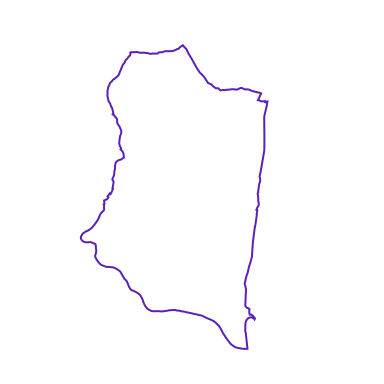 Diculesti, Vâlcea, Romania (orthographic projection), rotated 299°
{"feature_id": "2599482B34866762806062", "entity_name": "Diculesti", "entity_type": "district", "adm_level": 2, "iso_a3": "ROU", "parent_name": "Romania", "parent_adm1": "Vâlcea", "projection": "orthographic", "projection_center": [24.005, 44.61], "detail": "fine", "context": "isolated", "style": "outline", "palette": "violet", "viewbox_px": 384, "rotation_deg": 299, "n_neighbors": 0, "source": "geoboundaries", "source_scale": "gbopen_adm2", "svg_char_len": 5923}
<svg xmlns="http://www.w3.org/2000/svg" viewBox="0 0 384 384"><g transform="rotate(299 192 192)"><path d="M311.7,204.7L311.6,203.1L310.6,199.9L310.0,197.5L309.7,196.3L309.4,195.1L309.2,192.2L308.9,191.4L308.3,190.0L308.0,189.5L307.5,188.8L307.3,188.4L307.2,185.9L307.1,185.1L306.7,184.3L306.1,183.7L303.3,181.7L302.3,179.4L301.7,177.8L301.2,177.1L300.1,175.6L299.0,173.9L298.2,172.9L297.5,171.7L296.8,171.1L296.5,170.3L296.3,169.5L295.8,168.8L294.8,167.9L294.7,167.5L294.7,167.1L295.4,164.8L295.3,164.3L295.1,163.9L294.5,163.0L294.3,162.5L294.4,161.4L294.5,160.7L294.7,159.0L295.1,157.9L295.5,156.8L295.3,155.4L295.3,154.4L295.1,153.2L295.4,152.6L296.7,150.2L298.3,147.2L299.0,145.6L299.6,143.5L300.0,141.7L300.6,140.1L301.2,139.2L302.2,137.0L308.9,126.3L310.2,123.9L311.0,122.8L311.1,122.2L312.7,120.0L313.9,118.4L314.4,117.6L314.6,116.5L314.9,115.6L315.7,113.3L315.9,112.8L314.9,112.4L314.1,111.9L312.8,111.3L311.8,111.0L311.1,111.0L310.3,110.4L310.1,110.0L309.7,109.6L308.3,108.8L306.4,107.2L305.6,106.2L304.4,104.4L303.8,103.2L302.5,101.0L302.1,100.2L301.2,99.3L299.7,98.2L299.5,97.9L299.3,97.6L299.2,97.1L299.1,96.7L298.3,95.7L297.7,95.3L296.7,95.0L296.4,94.8L296.2,94.4L294.5,91.4L294.1,90.5L293.2,89.6L292.7,88.8L292.5,88.2L292.1,86.3L291.9,85.7L291.0,83.7L290.8,82.9L290.3,82.0L289.9,81.2L289.3,80.4L288.9,79.7L288.6,78.7L288.3,78.2L288.0,77.3L287.9,76.1L287.7,75.7L287.0,75.0L286.1,73.2L285.4,72.4L284.9,71.1L284.6,70.7L284.4,70.6L284.2,70.5L283.9,70.5L283.7,70.6L283.5,70.9L283.3,71.0L282.1,71.5L281.5,71.6L280.9,71.4L279.8,71.0L279.4,70.9L277.5,70.8L277.0,70.6L275.5,70.1L274.6,70.1L274.1,70.1L272.8,70.3L271.9,70.3L270.0,69.9L269.3,69.8L267.0,70.2L266.3,70.1L266.0,70.2L265.8,70.2L265.4,70.5L264.5,70.5L262.6,70.6L261.5,70.7L259.4,71.2L256.6,70.6L253.8,69.5L252.6,68.8L251.8,68.5L249.5,68.1L247.8,67.5L247.4,67.5L246.2,67.7L244.7,67.8L243.0,68.0L241.5,68.4L238.5,69.5L236.8,70.7L235.6,71.0L231.1,74.9L229.6,77.6L227.5,79.9L226.7,81.4L223.0,84.9L221.5,84.9L221.5,85.6L221.4,85.8L221.6,86.1L221.4,86.9L220.9,87.5L220.6,88.2L220.4,89.1L219.9,90.3L218.9,91.6L216.9,92.5L215.9,93.5L215.2,94.6L214.3,96.5L211.5,100.3L209.4,101.5L206.1,102.0L202.7,103.2L199.0,104.9L197.3,106.6L195.8,108.9L195.4,109.0L194.6,108.9L194.4,109.8L193.9,111.3L192.6,113.3L189.9,115.3L189.5,115.6L189.2,115.6L188.9,115.7L185.6,113.9L185.0,113.0L183.9,112.2L181.9,111.2L180.7,111.1L177.4,112.0L176.8,112.2L176.4,112.7L175.1,113.3L174.2,113.7L172.8,113.9L171.2,114.6L170.5,115.1L167.5,115.9L165.2,116.0L164.5,116.2L164.2,116.4L163.9,116.8L163.7,117.3L163.3,118.1L162.8,118.5L162.3,118.8L158.5,120.1L156.6,120.7L156.6,121.3L152.5,121.8L150.7,121.7L151.0,120.8L147.2,120.3L146.9,121.5L145.7,121.4L144.7,121.2L144.2,121.0L143.5,120.4L142.0,119.2L139.2,121.2L138.4,120.7L137.8,121.4L136.9,122.0L135.4,122.8L134.7,123.3L133.9,123.7L132.8,123.7L130.0,122.9L129.2,122.7L127.8,122.6L123.8,123.1L121.4,123.1L119.1,122.9L116.1,122.5L113.1,122.0L112.0,121.7L110.2,121.0L109.8,120.7L109.2,120.5L108.8,120.2L108.5,120.1L107.8,119.7L106.3,118.5L104.6,117.5L103.3,116.9L102.7,116.7L101.6,116.6L99.4,116.5L99.0,116.6L98.5,116.7L97.5,117.4L97.1,117.9L96.6,118.6L96.4,119.2L96.0,120.3L96.0,121.3L96.2,122.3L96.5,123.4L97.2,124.8L98.2,126.2L98.8,127.1L99.1,128.2L99.3,129.5L99.6,132.4L99.2,133.2L98.5,133.8L98.0,134.2L96.2,135.2L95.1,136.2L94.6,136.4L94.2,136.7L92.0,137.6L91.3,137.8L89.8,138.0L88.7,138.6L88.3,138.8L86.4,141.8L85.4,143.8L84.6,146.1L84.4,146.7L84.3,148.2L84.4,149.4L84.7,151.5L85.1,153.6L85.9,155.0L86.8,157.3L87.5,158.6L88.0,160.4L88.1,161.3L88.2,163.9L87.7,167.4L87.6,167.8L87.0,168.9L86.6,169.4L86.2,170.3L85.5,171.4L84.2,173.5L83.9,174.1L83.6,174.5L83.3,174.9L83.1,176.1L82.7,176.9L82.5,177.8L82.1,178.6L81.5,179.2L81.3,179.7L80.7,180.3L80.4,180.7L79.8,181.4L79.4,181.8L78.5,182.9L77.9,184.1L77.5,184.7L76.9,186.0L77.0,187.6L77.2,188.5L77.2,189.4L77.3,190.6L77.3,193.9L77.0,195.4L76.5,196.8L76.2,197.6L75.6,198.5L73.7,201.3L72.6,202.3L70.4,205.1L69.6,206.3L68.6,208.7L68.2,209.9L68.1,211.1L68.2,212.5L68.2,214.3L69.0,216.0L71.4,220.2L72.9,223.5L74.7,226.0L77.9,230.0L79.9,233.1L80.8,235.0L81.1,236.5L82.0,238.2L82.6,240.8L83.6,243.1L84.0,244.9L85.7,250.3L86.6,253.7L87.2,255.2L87.5,256.8L88.3,259.2L88.7,260.8L88.7,261.7L88.8,262.5L88.8,265.1L88.9,265.6L89.0,267.1L89.3,269.2L89.4,270.8L89.6,273.1L89.4,274.6L89.3,275.7L88.7,277.8L88.3,278.9L88.2,280.0L86.4,283.3L83.4,287.8L81.4,291.7L79.7,295.1L79.0,296.9L78.2,298.5L77.7,300.1L77.3,303.5L77.2,304.6L77.4,305.9L78.1,308.5L79.6,312.7L80.6,314.6L81.8,316.5L94.4,307.6L95.3,306.9L96.0,306.1L96.9,305.5L99.1,304.5L101.0,303.4L103.2,302.4L104.2,302.1L106.1,301.8L107.6,302.0L109.1,302.5L110.2,303.4L111.0,304.4L111.3,305.1L111.3,305.7L111.3,306.4L111.3,307.2L111.1,308.0L110.9,308.4L112.1,308.3L112.4,307.0L113.1,305.9L113.4,304.5L113.5,303.4L112.8,302.2L112.7,302.0L114.3,300.5L115.2,300.0L117.6,298.9L117.6,297.3L117.4,296.7L117.4,295.9L117.6,295.1L117.9,294.3L118.2,294.0L119.3,293.2L125.3,290.3L128.6,288.6L132.3,286.9L133.1,286.4L135.7,284.2L136.8,283.0L137.3,282.6L138.3,282.2L141.3,281.4L143.8,280.6L148.0,279.9L152.5,278.6L155.2,277.9L158.4,277.3L164.2,275.9L177.6,269.6L192.1,263.8L192.2,264.0L198.7,261.6L204.0,259.5L204.0,259.4L204.9,258.9L207.5,258.1L207.8,257.9L207.6,257.0L209.6,256.7L212.4,256.8L213.1,256.6L215.2,255.3L216.4,254.2L217.5,253.5L218.8,252.9L219.7,252.3L221.1,251.3L222.3,250.3L222.6,250.1L223.7,250.1L224.1,250.0L224.5,249.6L226.7,248.8L231.6,246.9L233.5,246.6L234.6,246.3L236.9,245.0L237.3,244.6L237.8,244.0L238.2,243.7L238.6,243.5L241.0,242.7L241.7,242.7L243.1,242.2L255.0,238.0L261.4,235.8L263.0,235.2L265.1,234.2L275.7,228.4L287.6,221.6L293.0,218.6L304.6,215.3L307.7,214.1L307.3,213.7L307.0,213.2L306.4,213.1L306.2,213.0L306.0,212.8L306.0,212.6L306.0,212.2L306.8,211.7L306.7,211.4L305.9,210.5L305.7,210.0L305.4,209.7L305.0,209.0L304.8,207.6L304.8,206.9L304.9,206.5L304.5,205.8L304.2,205.2L311.7,204.7Z" fill="none" stroke="#5b21b6" stroke-width="2"/></g></svg>